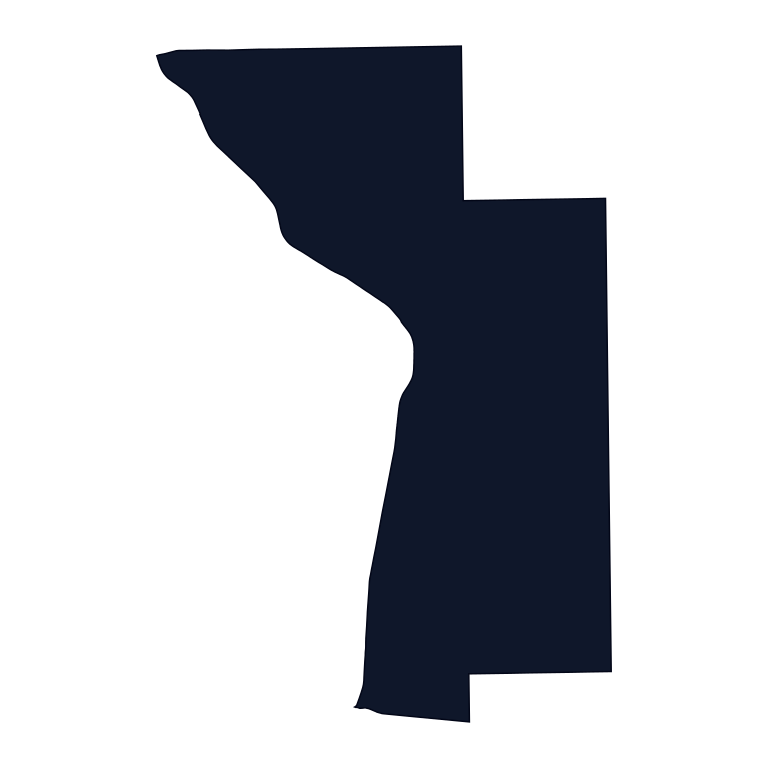 15 Mayu, Al Qahirah, Egypt (Equal Earth projection)
{"feature_id": "37247803B58448533869188", "entity_name": "15 Mayu", "entity_type": "district", "adm_level": 2, "iso_a3": "EGY", "parent_name": "Egypt", "parent_adm1": "Al Qahirah", "projection": "equal_earth", "projection_center": [31.348, 29.853], "detail": "fine", "context": "isolated", "style": "filled", "palette": "ink", "viewbox_px": 768, "rotation_deg": 0, "n_neighbors": 0, "source": "geoboundaries", "source_scale": "gbopen_adm2", "svg_char_len": 5910}
<svg xmlns="http://www.w3.org/2000/svg" viewBox="0 0 768 768"><path d="M469.4,721.9L468.8,673.8L489.2,673.5L509.5,673.2L529.8,672.8L550.2,672.5L570.5,672.2L590.9,671.8L611.2,671.5L608.6,459.5L605.5,198.4L585.1,198.8L564.8,199.1L544.4,199.4L524.1,199.7L503.7,200.1L483.4,200.4L463.2,200.7L461.3,46.1L339.5,48.2L302.4,48.8L276.7,49.2L258.7,49.3L247.3,49.6L228.6,50.2L206.9,50.1L201.6,50.2L192.6,50.4L179.0,50.5L176.2,50.8L164.4,53.9L159.5,54.8L157.3,55.5L156.8,55.7L157.2,57.0L157.4,57.5L157.8,59.0L158.3,60.4L158.5,61.2L159.2,63.3L159.6,64.6L160.0,65.8L160.7,67.3L161.2,68.7L161.7,69.7L162.4,71.0L162.8,71.7L163.5,72.7L164.0,73.5L164.4,74.0L164.9,74.6L166.1,76.1L166.9,76.9L167.4,77.5L167.9,77.9L168.3,78.3L169.1,78.9L170.8,80.1L172.0,81.0L172.3,81.3L173.4,82.0L174.4,82.7L174.7,82.9L175.5,83.4L176.6,84.2L180.6,87.2L183.9,89.5L186.8,91.6L187.9,92.4L189.6,94.1L192.0,96.9L193.1,98.5L194.2,100.4L195.9,104.1L199.0,110.8L200.2,113.9L200.1,114.2L199.9,114.4L200.9,116.8L201.6,118.4L203.3,122.4L205.9,128.6L209.2,135.6L210.3,137.5L211.9,139.9L213.4,141.8L217.2,146.0L221.0,149.5L226.9,155.0L228.4,156.4L228.7,156.8L229.3,157.3L231.4,159.3L241.7,169.0L255.2,181.6L258.9,186.0L260.3,187.7L262.9,190.8L267.7,196.4L269.6,198.6L273.7,203.9L273.9,204.3L274.7,205.6L275.2,206.5L275.8,207.8L276.5,209.5L277.0,211.3L277.7,213.9L278.4,217.3L279.6,223.0L280.1,225.2L280.5,227.4L280.9,229.0L281.3,230.5L281.7,231.7L282.1,232.9L282.7,234.2L283.1,235.2L283.7,236.3L284.3,237.3L284.9,238.2L285.7,239.3L286.4,240.3L287.1,241.2L287.9,242.1L288.3,242.5L289.0,243.2L289.8,244.0L291.0,244.9L292.2,245.8L293.8,246.9L295.9,248.1L298.0,249.4L299.7,250.4L300.6,250.8L301.7,251.5L303.5,252.6L306.3,254.4L308.1,255.5L310.9,257.4L314.5,259.7L318.8,262.4L321.4,263.9L325.9,266.7L328.1,268.1L331.4,270.1L333.2,271.0L335.0,272.0L336.8,272.8L338.5,273.6L340.4,274.5L342.1,275.2L344.2,276.2L347.2,277.9L350.1,279.9L352.8,281.7L355.7,283.7L359.5,286.2L363.1,288.7L366.5,291.0L369.8,293.1L372.7,295.1L375.3,296.9L378.5,299.0L380.7,300.5L382.8,302.0L384.4,302.9L386.6,304.6L388.6,306.2L390.0,307.5L391.2,308.8L392.7,310.5L394.5,312.6L396.2,314.6L398.7,317.5L399.5,318.5L400.6,320.0L401.5,322.2L402.9,324.0L404.1,325.6L405.2,326.9L406.1,328.1L406.9,329.0L407.5,329.9L408.1,330.6L408.5,331.2L408.9,331.8L409.3,332.3L409.6,332.8L409.9,333.2L410.2,333.6L410.4,334.1L410.6,334.5L410.8,334.9L411.0,335.3L411.2,335.7L411.4,336.1L411.6,336.5L411.8,337.0L412.0,337.5L412.1,338.0L412.3,338.5L412.5,339.0L412.6,339.5L412.8,340.0L412.9,340.5L413.1,341.0L413.2,341.5L413.3,342.0L413.4,342.6L413.5,343.1L413.6,343.6L413.7,344.1L413.8,344.7L413.9,345.2L413.9,345.8L414.0,346.4L414.0,347.1L414.1,347.7L414.1,348.4L414.1,349.1L414.1,349.8L414.1,350.6L414.2,351.4L414.2,352.3L414.1,353.2L414.1,353.8L414.1,354.2L414.1,355.2L414.1,355.7L414.1,356.3L414.1,357.5L414.1,358.7L414.0,360.1L414.0,361.5L414.0,363.1L413.9,364.8L413.8,368.5L413.7,369.8L413.7,370.3L413.6,370.9L413.5,371.9L413.4,372.8L413.3,373.5L413.2,374.1L413.1,374.7L413.1,374.8L413.0,375.2L413.0,375.4L412.9,375.6L412.9,375.8L412.8,376.0L412.7,376.4L412.6,376.7L412.5,377.1L412.4,377.4L412.3,377.6L412.3,377.8L412.2,378.1L412.1,378.4L411.9,378.7L411.9,378.8L411.8,379.0L411.7,379.3L411.5,379.6L411.4,379.9L411.3,380.2L411.1,380.5L411.0,380.9L410.8,381.2L410.7,381.3L410.6,381.5L410.4,381.8L410.3,382.0L410.2,382.3L410.1,382.5L409.9,382.9L409.7,383.1L409.5,383.6L409.3,383.9L409.1,384.3L408.9,384.7L408.6,385.0L408.4,385.4L408.3,385.6L408.2,385.7L408.0,386.1L407.8,386.4L407.6,386.8L407.3,387.1L407.1,387.4L407.1,387.5L406.9,387.8L406.7,388.1L406.2,388.8L406.1,389.0L405.9,389.3L405.7,389.7L405.4,390.1L405.2,390.3L405.1,390.6L404.9,390.9L404.7,391.1L404.5,391.4L404.4,391.7L404.2,391.9L404.1,392.1L404.0,392.3L403.8,392.5L403.7,392.6L403.6,392.9L403.4,393.2L403.3,393.4L403.2,393.6L403.0,393.9L402.9,394.2L402.7,394.6L402.5,394.9L402.5,395.0L402.4,395.2L402.3,395.3L402.2,395.7L402.1,396.0L401.9,396.4L401.8,396.8L401.6,397.2L401.5,397.4L401.4,397.6L401.3,398.0L401.1,398.4L401.0,398.8L400.8,399.2L400.7,399.6L400.6,399.9L400.5,400.2L400.4,400.5L400.3,400.8L400.2,401.1L400.1,401.4L400.1,401.7L400.0,402.0L399.9,402.2L399.9,402.6L399.8,402.9L399.8,403.1L399.7,403.2L399.6,403.9L399.6,404.2L399.4,404.9L399.3,405.7L399.3,406.0L399.2,406.8L399.1,407.2L399.1,407.6L399.0,407.9L398.9,408.7L398.9,409.1L398.8,409.8L398.6,411.2L398.6,411.6L398.5,412.3L398.5,412.6L398.5,412.8L398.4,413.0L398.4,413.3L398.3,414.1L398.2,415.1L398.1,415.5L398.1,415.8L398.1,416.2L398.0,417.1L397.9,417.5L397.9,418.2L397.8,418.5L397.8,419.2L397.7,419.5L397.7,419.9L397.7,420.2L397.6,420.6L397.5,421.3L397.5,421.7L397.5,422.1L397.4,422.8L397.4,423.1L397.3,423.5L397.3,423.8L397.2,424.1L397.1,425.0L397.1,425.4L397.1,425.7L397.0,426.3L397.0,426.7L396.9,427.0L396.9,427.3L396.8,427.7L396.8,428.1L396.8,428.5L396.7,428.8L396.6,429.6L396.6,430.1L396.5,430.4L396.5,430.8L396.5,431.2L396.4,431.6L396.4,431.9L396.3,432.8L396.3,433.6L396.2,434.5L396.1,435.6L396.0,436.9L395.9,438.4L395.6,440.7L394.8,447.6L394.0,452.3L392.1,461.9L389.4,476.1L389.1,477.6L385.9,494.3L385.3,497.3L382.4,511.9L379.0,530.4L375.9,547.2L375.2,550.7L373.9,557.1L372.3,565.6L371.6,569.0L370.6,574.6L369.9,577.9L369.6,580.0L369.4,581.9L368.9,591.2L367.4,612.1L367.3,614.6L366.7,626.3L365.9,638.4L365.9,639.2L365.8,642.4L365.8,646.4L365.7,648.8L365.4,651.7L365.3,653.5L365.3,655.1L365.0,659.1L364.7,664.1L364.3,671.4L364.1,675.6L364.0,677.4L364.0,677.7L363.9,680.6L363.5,684.3L362.8,687.5L361.2,692.7L359.4,698.0L356.9,704.9L356.0,706.1L355.9,706.2L355.6,706.5L354.7,707.0L355.7,707.4L357.1,707.4L357.6,707.5L358.2,707.7L359.0,708.0L359.9,708.3L361.2,708.2L361.4,708.2L362.7,708.1L364.2,707.9L364.9,707.8L365.8,707.9L367.2,708.3L368.0,708.4L368.7,708.6L370.8,709.4L374.8,711.1L376.5,711.8L376.7,712.0L378.1,712.4L379.4,712.8L380.4,713.0L380.9,713.2L381.8,713.5L382.6,713.6L383.4,713.7L412.4,716.5L469.4,721.9Z" fill="#0f172a" stroke="#020617" stroke-width="1.5"/></svg>